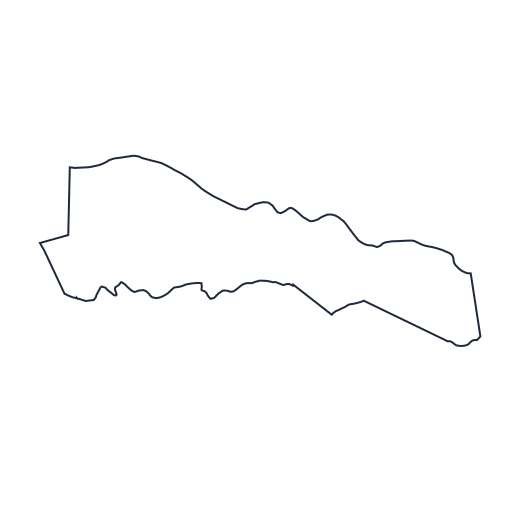 Saltibus, Choiseul, Saint Lucia (Mercator projection), rotated 83°
{"feature_id": "8701671B43129052292298", "entity_name": "Saltibus", "entity_type": "district", "adm_level": 2, "iso_a3": "LCA", "parent_name": "Saint Lucia", "parent_adm1": "Choiseul", "projection": "mercator", "projection_center": [-61.01, 13.813], "detail": "fine", "context": "isolated", "style": "outline", "palette": "slate", "viewbox_px": 512, "rotation_deg": 83, "n_neighbors": 0, "source": "geoboundaries", "source_scale": "gbopen_adm2", "svg_char_len": 5951}
<svg xmlns="http://www.w3.org/2000/svg" viewBox="0 0 512 512"><g transform="rotate(83 256 256)"><path d="M299.4,45.0L299.1,47.3L298.8,48.4L298.3,49.5L298.1,49.8L297.8,50.4L296.4,52.7L295.0,54.5L294.3,55.2L294.1,55.4L293.7,55.8L289.7,58.9L289.4,59.1L289.2,59.2L289.0,59.3L288.7,59.4L288.4,59.6L287.9,59.8L287.0,60.2L286.2,60.3L284.2,60.4L283.7,60.4L282.9,60.4L282.1,60.4L281.8,60.5L281.1,60.5L280.9,60.5L280.1,60.8L279.5,61.0L279.3,61.1L279.1,61.2L278.9,61.3L278.4,61.8L277.9,62.2L277.8,62.4L277.5,62.7L277.3,63.0L276.6,63.8L276.2,64.5L275.2,66.1L274.1,68.1L272.7,70.4L271.8,72.5L271.3,73.6L271.0,74.2L270.4,75.4L270.0,76.6L269.3,78.2L269.2,78.6L268.9,79.2L266.6,86.4L266.4,86.8L266.1,87.6L266.0,87.8L265.5,88.8L265.3,89.2L265.0,89.8L264.5,90.7L264.4,90.8L264.1,91.3L264.0,91.6L262.8,93.2L262.0,94.5L261.3,95.6L261.2,95.8L260.7,96.6L260.3,97.4L260.1,98.1L260.0,98.5L259.8,98.9L259.8,99.3L259.7,99.5L259.6,100.2L259.5,100.4L259.5,100.8L259.5,101.2L259.4,101.7L259.4,102.0L259.4,102.4L259.3,102.6L259.3,103.2L259.3,103.5L259.2,103.7L259.2,104.0L259.1,104.9L259.1,105.9L258.9,107.3L258.9,108.6L258.8,108.8L258.8,109.2L258.8,109.4L258.8,109.8L258.7,111.4L258.7,111.6L258.7,111.9L258.6,112.1L258.6,112.4L258.6,112.8L258.6,113.2L258.5,113.5L258.5,113.8L258.4,114.2L258.4,114.9L258.3,115.2L258.3,115.6L258.3,116.0L258.2,117.1L258.0,119.7L258.2,125.3L258.3,125.6L258.3,125.9L258.4,126.3L258.5,126.7L258.6,127.3L258.9,128.2L259.0,128.6L260.4,130.5L260.9,131.3L261.4,132.6L261.5,133.0L261.8,135.2L261.6,135.4L261.5,135.6L260.9,136.8L260.7,137.2L260.4,137.8L260.3,138.0L260.2,138.2L260.1,138.5L259.7,139.3L259.6,139.8L259.4,140.8L259.4,141.2L259.3,141.4L259.3,141.7L259.2,142.0L259.0,143.0L259.0,143.3L258.8,143.7L258.6,144.2L258.5,144.5L258.2,145.2L257.9,146.0L257.5,146.7L257.3,147.0L257.0,147.6L256.8,147.8L255.9,149.0L254.9,150.3L253.0,152.4L246.7,156.3L240.2,160.0L239.3,160.5L239.1,160.6L234.1,163.5L232.8,164.4L232.1,164.9L231.9,165.1L231.7,165.2L231.6,165.4L231.1,165.8L230.9,166.1L230.1,166.9L229.9,167.2L229.7,167.3L229.1,167.9L227.9,169.1L227.4,169.7L227.3,169.9L227.0,170.3L226.3,171.2L225.6,172.2L225.0,173.6L224.8,174.0L224.1,175.7L223.8,178.2L223.7,178.8L223.7,179.2L223.7,179.5L223.7,180.6L223.9,181.2L224.1,182.1L224.3,182.7L224.7,184.1L224.9,184.8L225.1,185.3L225.3,185.7L225.4,186.3L225.7,186.9L226.1,188.0L226.8,189.0L227.1,189.7L227.3,190.3L227.4,190.8L228.0,193.4L228.2,195.6L228.3,196.3L228.2,196.6L228.1,197.4L228.0,197.6L227.9,198.1L227.1,199.4L226.9,199.7L225.8,201.0L225.7,201.3L225.4,201.6L225.2,201.9L225.1,202.0L224.8,202.3L224.4,202.8L224.3,203.1L223.9,203.5L223.7,203.7L223.5,204.0L222.9,204.8L222.7,204.9L222.4,205.2L219.6,207.6L219.0,208.1L218.8,208.3L218.6,208.4L218.4,208.7L218.2,208.8L217.9,209.1L217.4,209.5L216.9,209.9L216.7,210.3L216.3,210.6L215.7,211.1L215.5,211.3L215.3,211.5L215.0,211.8L214.8,212.1L214.4,212.6L214.0,213.0L213.7,213.3L213.5,213.6L213.3,213.9L212.9,214.4L212.8,215.0L212.6,215.6L212.5,215.8L212.5,216.2L212.5,216.5L212.5,216.8L212.6,217.1L212.7,217.7L213.4,218.8L213.6,219.2L213.7,219.5L213.9,219.8L214.2,220.2L214.3,220.5L214.7,221.1L215.4,222.9L216.1,224.7L216.5,226.2L215.7,228.2L215.1,229.4L211.1,231.8L208.0,233.4L207.8,233.6L207.7,233.7L206.8,234.7L204.7,236.9L204.1,239.0L204.0,239.4L203.8,240.4L203.6,241.5L203.6,241.8L203.5,242.2L203.6,243.9L203.6,244.5L203.7,245.7L204.4,251.0L204.6,251.4L204.9,252.1L205.4,252.9L205.7,253.5L207.1,256.8L208.7,260.1L207.9,263.7L206.2,268.6L201.9,275.1L197.8,281.3L197.5,281.8L196.8,282.8L195.0,285.6L193.1,288.6L191.8,290.5L191.0,291.6L186.7,297.0L183.2,301.1L173.2,310.2L169.8,314.1L169.4,314.6L169.1,315.0L167.8,316.6L164.3,321.0L161.7,325.0L161.2,325.8L159.4,328.1L158.8,328.9L156.6,331.9L152.3,338.4L150.5,342.8L148.2,348.9L147.5,350.5L147.0,351.9L146.7,352.6L145.0,356.8L144.0,358.5L143.3,359.6L142.7,361.1L142.3,362.2L141.6,365.0L141.6,369.2L141.7,373.2L141.8,375.3L141.9,379.3L141.9,382.3L141.9,384.1L142.0,385.4L142.0,385.6L142.3,386.8L143.0,390.2L144.0,392.1L144.3,392.8L145.6,396.5L146.0,397.6L146.7,401.1L147.3,407.4L147.5,411.3L147.1,416.8L146.9,419.6L146.6,423.3L146.6,424.8L146.2,426.3L146.0,427.1L145.5,429.2L145.3,430.0L212.3,439.8L216.8,468.9L225.0,465.4L270.3,450.6L270.6,449.6L271.7,448.3L273.2,445.7L274.7,442.9L276.2,438.8L275.9,438.8L276.8,438.1L276.8,437.3L279.9,430.5L279.9,422.4L277.4,420.0L275.1,419.0L270.4,415.7L268.2,414.1L267.5,412.9L269.1,409.3L272.1,407.2L274.3,404.8L277.5,401.8L278.1,400.0L277.6,399.2L277.0,399.1L274.4,399.6L272.1,400.1L269.9,399.5L268.9,397.2L267.6,395.2L266.7,394.4L265.5,393.0L265.6,392.6L268.1,389.6L270.2,388.0L272.9,385.8L274.2,384.6L275.4,383.4L276.9,381.0L276.7,379.3L276.2,377.3L276.0,375.7L276.1,372.1L276.8,370.6L278.0,368.9L280.7,366.6L282.2,366.0L284.3,364.1L285.7,360.2L285.6,358.1L285.2,355.4L284.7,353.7L283.2,349.9L281.7,347.2L279.7,344.6L277.4,341.3L277.3,339.8L277.2,335.7L276.8,333.0L275.7,328.8L275.6,327.7L275.4,322.5L275.5,320.1L275.7,316.3L276.4,313.4L277.3,313.5L279.9,313.5L281.3,313.9L282.6,314.2L283.4,314.1L284.0,312.9L285.1,310.7L287.4,309.3L288.9,308.9L291.2,307.7L293.0,306.2L292.7,304.1L292.4,302.7L291.7,301.6L289.7,299.1L288.9,298.2L286.4,293.5L286.4,291.2L287.2,288.1L288.4,285.8L288.4,282.6L287.6,281.1L285.9,278.1L284.1,275.3L282.8,273.0L281.8,269.5L282.0,266.5L282.5,263.5L281.7,260.7L280.9,255.1L281.4,252.3L281.8,249.3L282.8,245.8L284.0,242.7L284.4,239.3L286.2,236.2L288.2,232.4L287.6,228.9L287.9,226.3L290.0,223.0L288.9,222.6L323.5,188.0L322.2,186.6L320.4,183.3L319.6,180.3L318.6,177.7L317.6,174.4L317.0,172.9L316.3,171.7L315.6,169.8L315.3,167.3L315.4,165.9L315.2,164.6L315.2,163.4L315.0,162.2L315.0,161.6L314.7,160.2L314.5,158.1L314.1,156.6L313.9,155.5L313.5,154.5L364.1,76.0L364.1,74.8L364.2,74.0L364.8,72.8L366.5,70.8L367.4,69.9L368.4,69.0L369.2,67.7L370.1,64.7L370.4,62.3L370.4,60.0L370.3,59.0L370.1,57.7L369.6,56.3L369.1,55.4L367.9,54.0L367.1,52.9L366.3,51.5L366.0,49.4L366.3,46.8L363.2,43.1L299.4,45.0Z" fill="none" stroke="#1e293b" stroke-width="2"/></g></svg>